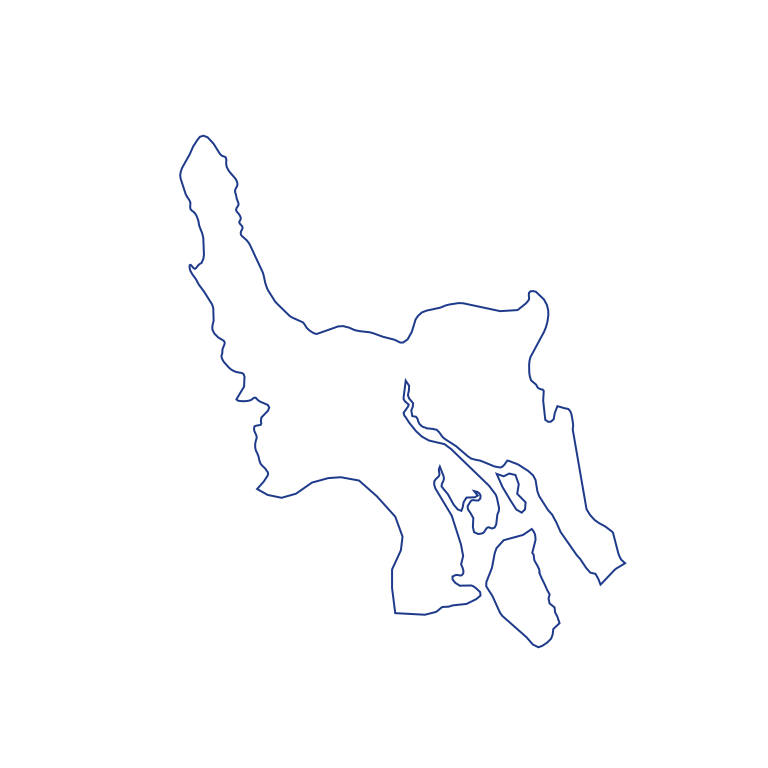 Guayas, Robinson projection, rotated 310°
{"feature_id": "ECU-1280", "entity_name": "Guayas", "entity_type": "Province", "adm_level": 1, "iso_a3": "ECU", "parent_name": "Ecuador", "parent_adm1": "", "projection": "robinson", "projection_center": [-79.898, -1.951], "detail": "fine", "context": "isolated", "style": "outline", "palette": "blue", "viewbox_px": 768, "rotation_deg": 310, "n_neighbors": 0, "source": "natural_earth", "source_scale": "10m", "svg_char_len": 5857}
<svg xmlns="http://www.w3.org/2000/svg" viewBox="0 0 768 768"><g transform="rotate(310 384 384)"><path d="M369.5,678.8L372.5,673.4L374.5,668.0L372.1,663.3L373.0,657.2L376.1,646.7L376.7,642.0L384.1,614.5L389.1,604.3L389.7,602.5L392.0,596.8L392.9,590.5L397.9,574.8L400.6,570.2L407.8,561.9L409.8,557.1L410.1,550.6L408.6,538.6L405.4,529.2L404.6,527.7L399.4,528.1L396.7,527.8L394.8,526.8L391.9,521.8L387.3,507.3L384.4,502.0L382.9,498.7L382.5,494.9L382.7,479.2L381.1,466.7L381.0,463.2L382.5,457.3L382.8,453.6L381.7,452.0L381.4,450.9L378.3,446.3L377.6,445.6L377.2,443.7L376.5,442.4L376.0,440.5L376.1,437.3L377.3,434.3L378.9,432.0L379.5,429.6L377.6,426.3L381.3,421.9L385.0,420.7L388.0,418.7L389.1,412.4L390.9,409.4L394.8,407.4L398.8,404.4L400.5,398.5L386.4,407.6L384.9,408.9L384.2,411.3L384.1,416.1L382.4,416.9L374.6,417.5L372.9,419.8L372.5,421.9L370.5,428.4L368.4,439.2L368.1,447.0L369.6,454.8L376.8,469.0L377.3,477.2L373.6,529.7L371.1,540.6L369.5,543.5L363.0,551.8L360.6,553.5L356.8,554.8L348.6,560.2L345.1,561.0L342.8,559.7L341.4,556.0L339.5,555.3L334.4,555.9L332.7,555.3L329.7,552.7L328.4,548.2L331.6,544.0L338.7,538.6L340.8,533.0L341.9,528.9L344.3,526.5L350.7,525.7L352.3,526.8L353.7,529.1L355.5,531.2L358.1,531.4L360.4,529.9L361.5,527.6L361.3,524.8L359.9,521.9L358.8,527.5L355.6,526.4L350.0,520.2L344.8,520.9L340.0,523.6L336.6,524.8L335.3,521.1L336.3,515.1L340.7,503.6L341.8,497.2L342.6,493.8L344.8,492.5L347.5,491.9L350.0,490.8L351.8,488.7L356.6,479.9L354.5,480.6L353.2,481.4L350.7,484.4L348.8,485.3L344.0,484.8L341.8,485.1L339.1,487.2L337.0,490.5L326.7,520.5L310.5,546.2L303.1,555.2L295.4,559.0L293.6,562.5L291.9,565.0L289.7,566.5L287.4,566.5L286.2,565.4L285.3,563.7L284.1,561.9L280.6,560.2L278.3,562.2L277.5,566.6L278.3,572.0L279.2,572.8L285.7,580.3L286.5,582.5L286.7,585.6L286.4,591.4L284.0,593.9L278.6,593.0L268.6,588.6L258.5,578.9L255.0,576.7L251.9,573.3L250.6,572.0L249.1,571.6L244.8,570.9L242.6,570.2L233.5,563.6L215.7,539.9L232.9,521.3L247.1,509.4L267.5,503.8L279.0,496.3L289.6,477.9L293.4,450.7L294.0,426.9L284.8,410.8L276.2,401.9L262.2,392.2L243.4,387.1L231.0,378.7L224.2,366.1L222.0,354.3L231.9,354.6L238.8,353.8L240.7,353.0L241.8,351.5L242.2,349.6L242.8,347.9L243.0,345.8L243.1,343.5L243.6,340.6L245.4,337.5L247.5,334.9L249.2,332.0L250.6,328.8L252.3,326.4L255.2,323.9L257.5,322.6L260.9,321.1L262.4,319.6L264.7,314.8L266.5,312.9L268.4,312.0L270.2,313.1L272.0,314.7L273.5,315.8L275.0,315.3L276.4,313.5L279.5,311.6L288.9,312.3L292.2,311.2L293.3,308.5L290.9,300.6L290.6,298.1L290.8,295.9L291.0,294.6L290.4,293.6L288.9,293.0L286.4,292.5L284.2,291.1L281.1,288.2L278.5,284.8L277.3,282.6L277.4,280.8L292.0,278.5L300.0,272.4L301.3,270.0L301.1,268.1L298.4,263.5L297.4,260.7L296.8,257.3L296.9,254.2L298.0,247.0L299.1,244.0L300.6,241.8L301.7,241.1L303.2,240.6L306.9,237.9L312.3,236.1L313.6,235.0L314.1,233.3L313.1,227.0L313.6,221.7L315.2,217.8L317.8,215.4L323.0,212.8L332.4,204.4L334.5,201.1L339.2,186.4L341.1,178.2L343.3,172.8L344.9,166.5L346.4,162.6L348.6,159.8L350.1,158.8L351.0,159.3L350.8,161.3L350.3,163.7L350.7,165.1L352.0,165.5L355.7,165.4L357.5,165.7L359.6,166.4L364.1,165.0L367.5,162.8L379.7,151.7L382.5,148.0L386.4,140.8L389.6,137.0L391.4,134.1L392.6,131.6L393.2,129.5L393.5,127.5L393.3,125.6L393.6,123.3L394.8,121.9L398.4,119.2L399.7,116.8L400.7,113.3L401.8,110.3L410.8,95.9L413.2,93.5L416.1,91.8L419.9,90.4L435.2,87.5L443.0,85.2L451.4,84.1L455.1,84.1L458.2,86.2L459.6,90.3L458.5,99.0L454.7,110.8L454.7,113.4L455.5,115.4L455.9,117.0L454.4,119.2L452.5,120.5L450.6,122.2L449.0,124.3L447.8,127.3L447.2,129.5L445.7,138.7L444.4,141.5L442.8,143.4L440.8,144.4L438.6,144.7L436.5,145.5L434.9,147.1L434.0,148.7L431.4,151.9L429.2,155.9L427.6,157.5L423.9,158.0L422.3,158.7L421.4,160.4L420.9,163.7L420.2,165.7L419.3,167.4L418.0,168.3L416.4,168.7L415.3,168.8L414.5,169.6L414.1,170.9L413.7,174.0L412.8,175.2L411.6,175.8L409.0,176.4L408.0,176.9L407.0,177.7L406.3,178.8L406.0,180.6L405.9,185.9L405.4,188.7L404.7,191.2L391.4,219.7L389.4,222.6L385.2,227.9L382.2,232.8L381.1,235.4L377.2,247.5L376.8,250.6L375.5,267.7L375.8,270.6L379.1,282.3L378.8,284.1L377.3,288.9L377.1,292.1L377.5,296.0L378.1,298.5L379.2,300.4L398.7,311.9L402.1,315.5L404.7,320.9L406.4,326.8L408.6,331.0L414.6,340.1L416.1,343.5L419.4,352.6L424.7,363.7L426.2,369.8L428.1,372.0L433.4,373.4L441.7,371.8L453.8,366.7L458.0,366.3L463.2,367.0L467.8,369.6L478.6,378.0L483.9,380.8L486.8,382.9L493.9,389.1L496.7,392.7L514.5,426.2L526.5,438.8L536.2,440.8L539.0,441.0L541.7,440.8L543.3,439.8L544.8,438.1L547.0,436.5L549.3,436.7L551.2,438.8L552.3,441.0L551.6,452.1L549.4,457.7L548.1,459.6L545.7,462.7L542.4,465.6L536.9,469.1L531.4,471.6L526.7,473.1L498.7,478.9L495.8,480.3L492.5,482.4L486.0,488.0L483.5,490.9L481.3,494.4L481.3,500.9L480.3,503.2L480.0,505.2L480.8,507.4L481.7,509.3L481.4,510.8L473.6,516.6L460.2,530.6L460.6,534.2L462.5,536.1L466.1,536.6L471.7,533.4L478.5,531.1L481.5,537.9L483.3,541.1L482.9,544.1L481.5,546.8L476.3,553.0L474.3,555.1L472.8,556.3L471.4,557.1L470.3,558.0L418.3,619.6L416.1,626.1L415.2,632.8L415.6,637.8L417.1,645.2L417.5,652.9L417.3,655.0L404.5,672.9L402.8,676.3L401.9,678.7L401.7,683.9L392.1,680.6L389.6,680.1L371.4,679.0L369.5,678.8L369.5,678.8ZM330.5,575.7L341.3,576.1L357.7,587.5L367.9,590.4L367.5,592.5L366.8,594.4L365.9,596.2L364.6,597.8L362.0,600.3L350.0,606.1L349.3,608.5L345.9,612.1L345.1,613.6L343.7,617.7L341.8,621.9L339.8,624.2L339.3,624.2L336.8,629.1L333.9,635.6L330.9,641.8L329.3,646.1L325.5,647.9L322.3,651.9L322.5,658.2L318.9,662.1L317.4,666.0L313.6,672.2L305.1,671.2L300.4,674.3L296.3,675.7L290.6,675.2L285.0,673.5L281.6,671.5L280.1,665.5L281.6,656.0L282.4,623.7L283.3,620.0L291.3,603.3L294.7,592.4L298.1,589.7L312.5,584.9L325.5,577.6L330.5,575.7ZM387.6,528.1L390.2,535.0L395.9,537.5L398.8,543.2L393.8,551.7L385.5,556.6L384.4,568.5L378.6,572.6L374.0,572.2L372.9,566.0L376.1,555.8L381.2,541.1L387.6,528.1Z" fill="none" stroke="#1e3a8a" stroke-width="2"/></g></svg>